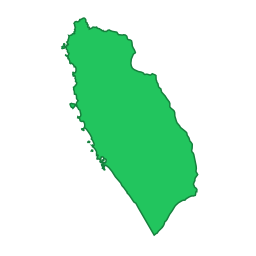 the district of Aceh Jaya, Aceh, Indonesia, rotated 9°
{"feature_id": "22746128B21424895456858", "entity_name": "Aceh Jaya", "entity_type": "district", "adm_level": 2, "iso_a3": "IDN", "parent_name": "Indonesia", "parent_adm1": "Aceh", "projection": "robinson", "projection_center": [95.543, 4.811], "detail": "fine", "context": "isolated", "style": "filled", "palette": "green", "viewbox_px": 256, "rotation_deg": 9, "n_neighbors": 0, "source": "geoboundaries", "source_scale": "gbopen_adm2", "svg_char_len": 5638}
<svg xmlns="http://www.w3.org/2000/svg" viewBox="0 0 256 256"><g transform="rotate(9 128 128)"><path d="M204.1,163.1L201.9,160.3L201.8,157.2L201.2,154.8L197.1,143.9L196.4,142.7L194.8,141.4L194.4,140.5L194.5,137.9L194.1,134.4L193.7,133.5L192.2,132.0L191.2,131.3L189.7,128.2L187.6,125.9L186.9,123.9L186.5,123.3L185.2,122.4L179.8,119.3L178.5,117.7L175.6,115.2L174.7,113.7L172.4,108.9L171.7,105.5L171.0,104.1L169.9,103.2L167.3,101.7L166.2,100.8L165.9,100.2L165.5,97.3L164.7,95.8L161.6,92.8L159.6,90.5L155.6,87.3L154.3,84.2L152.8,83.4L151.7,82.5L150.6,79.5L149.4,78.3L148.9,77.0L148.2,75.9L147.4,71.8L146.7,71.4L143.5,70.6L142.2,72.0L141.6,72.3L138.9,71.9L137.6,72.0L136.4,72.5L135.8,72.5L134.7,71.4L134.0,71.1L132.2,70.7L129.4,70.6L125.0,69.4L123.4,68.5L122.5,67.7L121.5,66.0L120.7,63.6L120.5,59.3L121.7,54.4L122.0,53.9L123.4,52.7L123.5,52.3L122.2,50.1L120.2,47.6L119.4,46.2L118.5,42.9L117.8,41.3L116.4,40.7L114.6,40.7L113.9,40.4L113.3,39.6L112.5,37.6L110.9,36.6L109.1,36.6L107.9,37.1L104.0,37.3L101.9,35.1L97.5,35.0L95.4,34.6L94.2,34.1L92.9,34.6L91.5,36.1L90.1,36.1L89.3,36.4L88.9,36.4L88.1,35.6L87.6,36.0L86.7,35.8L86.2,35.2L85.2,35.0L84.3,34.4L82.0,34.3L81.6,33.5L81.2,33.2L79.5,33.9L78.8,33.7L77.6,33.8L76.6,35.0L74.4,36.3L74.4,35.4L74.0,34.8L73.7,34.5L73.1,34.9L72.3,34.2L72.5,32.5L71.4,32.0L71.4,30.9L70.6,30.2L69.8,30.0L69.6,29.6L69.5,28.0L69.0,27.2L68.0,26.4L67.5,26.3L66.6,26.5L64.6,28.1L63.4,28.4L63.3,28.8L63.5,29.6L62.6,30.2L62.2,30.8L61.7,31.1L60.2,30.9L59.0,31.6L58.3,33.2L59.2,34.3L59.3,35.3L60.3,36.8L60.0,37.6L60.3,38.8L59.9,39.2L60.7,40.4L59.8,41.2L59.7,41.9L60.5,42.6L60.5,43.1L58.7,43.6L58.4,43.8L57.8,45.0L56.4,45.5L55.5,46.4L55.1,46.2L55.6,47.4L55.3,48.3L55.3,49.4L55.0,50.2L55.3,51.0L54.9,51.5L54.8,52.6L54.3,52.5L54.1,52.7L54.7,53.3L55.1,54.3L55.8,54.4L56.0,55.0L55.6,55.2L55.0,56.2L54.6,55.9L54.2,56.7L53.6,57.2L53.0,57.3L51.8,57.0L51.1,57.2L50.1,58.2L50.5,58.4L50.7,59.0L50.3,59.7L50.6,59.9L51.6,59.3L52.2,59.4L53.7,57.9L54.5,58.2L54.5,58.8L54.7,59.6L55.5,60.1L56.3,61.2L56.2,62.0L56.5,62.2L57.0,63.1L57.8,63.2L58.0,63.8L57.8,65.2L57.1,66.1L55.9,65.8L55.4,66.0L55.0,65.8L55.0,66.0L56.4,66.7L57.1,66.5L57.6,66.8L57.7,67.0L57.5,67.4L57.8,67.5L58.1,68.1L57.8,68.4L57.9,68.9L58.1,69.0L58.5,68.7L58.9,69.0L59.2,69.9L60.0,71.0L60.5,73.1L61.2,73.4L61.8,72.8L62.2,73.1L62.9,73.2L63.9,73.8L64.6,74.6L65.3,75.9L65.6,75.5L66.4,75.7L67.3,77.2L67.7,79.5L67.3,81.3L67.4,81.5L66.4,82.0L65.3,81.6L64.9,81.7L64.9,82.0L65.7,82.7L65.6,82.9L65.1,83.0L65.1,83.7L65.5,84.0L65.6,85.0L65.8,85.2L66.4,85.2L66.9,84.5L67.7,85.2L68.2,87.3L68.0,87.5L68.9,88.5L68.8,90.1L70.3,91.3L70.3,92.7L70.2,93.4L69.4,93.9L69.0,95.3L67.8,96.3L68.3,97.8L68.3,98.6L69.2,100.0L69.3,100.8L69.7,101.9L69.7,102.8L70.1,103.0L71.3,102.9L72.0,104.1L72.6,107.0L74.5,108.9L73.9,109.6L73.1,111.8L73.0,112.2L73.2,113.1L73.4,113.2L73.0,113.3L73.6,113.6L73.4,114.0L73.9,114.6L75.1,115.5L76.3,117.2L77.7,117.9L79.4,122.2L79.4,123.2L79.1,124.3L77.5,124.9L76.7,124.6L76.7,125.8L78.1,126.0L78.8,126.4L79.6,128.3L80.5,128.7L81.5,128.8L82.2,128.4L82.8,128.4L83.5,128.9L84.5,130.6L85.0,132.8L85.0,133.6L84.6,134.2L86.9,135.5L88.8,137.3L91.7,140.4L93.8,143.4L93.5,144.3L93.6,144.8L94.2,144.9L95.5,146.5L97.0,149.0L97.1,150.3L96.8,150.8L96.4,151.0L96.3,150.8L95.7,150.4L95.4,150.9L95.2,150.9L95.5,151.1L95.9,152.1L96.4,151.9L98.9,154.1L100.3,155.8L100.9,157.2L100.9,158.3L101.2,159.7L101.6,159.3L102.5,159.4L102.8,159.9L102.2,160.8L102.5,161.8L102.3,161.9L102.1,162.9L102.3,163.5L102.6,163.5L102.8,162.9L103.1,162.8L103.7,163.2L104.7,163.4L105.4,163.2L105.9,163.1L105.7,162.2L106.2,161.6L106.1,160.8L106.8,160.4L108.1,160.7L108.6,161.2L108.9,162.1L109.7,161.9L111.1,162.4L111.4,162.8L111.5,163.6L111.4,164.9L111.9,164.8L110.9,165.6L110.7,166.1L110.2,165.8L109.0,166.2L109.2,167.1L109.5,167.4L108.8,168.1L108.5,168.1L108.3,167.7L107.6,168.0L108.0,168.8L108.0,169.4L108.5,169.5L109.1,169.1L109.8,169.8L110.7,170.1L110.9,169.9L110.8,169.3L110.5,168.9L111.0,168.4L112.0,168.2L115.2,170.0L119.0,173.4L123.1,178.1L129.5,183.5L129.8,184.1L131.2,186.0L133.2,187.6L136.4,190.8L136.9,191.5L137.3,191.5L137.4,192.3L137.7,192.7L138.8,193.3L140.7,195.1L145.3,200.1L146.3,200.6L147.5,201.0L151.0,205.6L170.6,229.7L172.2,227.9L173.2,227.3L174.3,225.0L177.5,220.7L177.4,220.2L177.9,219.8L178.6,217.9L179.1,214.7L179.9,214.0L180.8,212.3L182.6,206.8L184.6,202.8L186.6,197.9L187.5,196.5L189.6,193.9L192.9,191.2L194.4,190.5L195.5,190.4L196.6,188.7L199.5,186.3L201.8,185.0L202.9,185.0L205.0,184.0L205.1,182.7L205.0,180.8L205.2,180.2L205.9,180.2L205.7,178.0L204.9,177.0L202.9,175.9L202.6,175.1L201.7,173.9L201.6,173.3L201.4,173.1L201.9,170.5L202.2,170.0L202.3,169.4L202.1,169.0L202.2,166.9L204.1,163.1ZM69.5,112.8L68.4,112.5L68.0,112.7L67.1,113.2L67.1,113.7L68.1,115.5L68.9,116.4L70.0,116.6L70.5,117.2L72.1,114.8L72.0,113.2L71.0,112.6L69.5,112.8ZM84.4,136.7L84.5,136.0L84.4,135.7L82.7,135.9L82.4,136.2L82.7,136.8L83.2,136.8L84.3,137.4L84.7,137.3L84.8,137.1L84.4,136.7ZM108.4,164.5L109.2,164.0L109.2,163.5L108.4,163.1L107.9,163.6L108.0,164.5L108.4,164.5ZM106.3,166.2L106.6,165.9L106.5,165.4L106.3,165.1L106.2,164.2L105.8,164.5L105.5,165.1L105.7,165.8L106.3,166.2ZM92.3,147.5L91.9,147.3L91.3,147.7L91.0,147.4L90.7,147.7L90.5,148.3L90.8,148.5L91.3,148.0L92.1,148.3L92.3,148.1L92.3,147.5ZM52.4,55.7L52.5,55.2L51.8,54.7L51.4,54.9L51.4,55.5L52.4,55.7ZM96.5,155.4L95.6,155.5L95.4,156.2L95.9,156.0L96.2,156.1L96.3,156.6L96.7,156.5L96.7,156.0L96.5,155.4ZM107.6,166.3L107.9,165.8L107.6,165.2L107.3,165.1L107.1,166.1L107.6,166.3ZM109.7,172.0L109.8,171.3L109.1,171.0L109.0,171.8L109.7,172.0ZM111.1,173.1L111.6,172.8L111.1,172.0L110.8,172.9L111.1,173.1Z" fill="#22c55e" stroke="#15803d" stroke-width="1.5"/></g></svg>